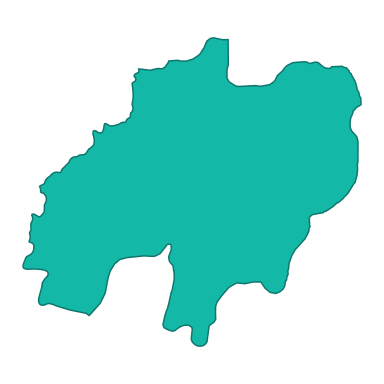 outline of Tajumulco, San Marcos, Guatemala
{"feature_id": "79465075B52566348974333", "entity_name": "Tajumulco", "entity_type": "district", "adm_level": 2, "iso_a3": "GTM", "parent_name": "Guatemala", "parent_adm1": "San Marcos", "projection": "robinson", "projection_center": [-92.003, 15.058], "detail": "fine", "context": "isolated", "style": "filled", "palette": "teal", "viewbox_px": 384, "rotation_deg": 0, "n_neighbors": 0, "source": "geoboundaries", "source_scale": "gbopen_adm2", "svg_char_len": 5070}
<svg xmlns="http://www.w3.org/2000/svg" viewBox="0 0 384 384"><path d="M138.6,69.0L139.0,70.9L138.5,72.4L137.2,73.1L135.7,73.7L134.9,74.3L134.1,75.7L134.7,77.1L135.4,77.9L135.8,78.8L135.8,79.8L135.4,80.9L134.8,81.4L133.6,82.1L132.6,82.7L132.2,83.5L132.2,84.6L132.5,86.4L132.7,88.2L133.1,92.8L133.2,97.1L132.8,100.3L132.1,104.2L133.1,108.3L132.8,109.5L132.4,110.8L131.9,111.9L130.8,112.9L130.4,114.5L130.4,115.5L130.4,116.6L129.8,117.5L128.9,118.0L127.7,118.8L126.7,119.7L125.9,121.5L125.5,122.2L124.4,122.5L123.2,122.2L122.0,122.5L120.8,123.1L119.3,124.0L117.8,124.7L115.5,125.3L113.7,125.6L112.5,125.9L111.4,126.0L110.6,126.0L109.1,125.4L107.3,124.4L106.1,123.7L104.8,123.7L104.2,124.8L104.0,126.5L103.7,128.2L103.4,129.4L103.1,130.6L102.8,131.4L102.0,132.5L100.5,133.0L99.3,132.9L98.2,132.5L97.1,131.8L95.9,131.0L94.6,130.6L93.6,130.8L93.1,131.6L93.0,133.1L93.1,134.8L93.7,136.6L93.9,137.8L94.3,140.2L94.3,141.5L94.0,143.3L93.8,144.1L93.2,145.5L92.5,146.3L91.8,146.9L91.0,147.6L90.0,148.3L88.9,149.0L86.8,152.1L86.1,153.2L85.4,153.9L84.1,154.6L82.9,154.8L80.9,154.9L79.7,155.0L78.7,155.6L77.3,156.5L75.8,156.8L74.9,156.9L73.8,157.0L72.6,157.4L71.1,158.6L70.2,159.6L69.7,160.5L69.3,161.6L68.5,162.8L67.7,163.7L62.9,168.4L62.2,169.1L61.6,170.2L60.9,172.0L60.2,172.5L59.4,172.6L58.2,172.4L56.9,172.2L55.8,172.2L54.7,172.5L53.7,172.9L52.4,173.6L51.8,174.1L51.2,174.8L50.2,176.0L48.9,176.9L48.2,177.4L47.3,178.1L46.7,178.8L45.8,179.8L45.3,181.0L44.9,181.9L44.6,182.9L44.2,183.8L42.8,184.6L41.8,185.1L40.5,185.6L39.6,186.5L40.2,187.9L40.6,188.9L40.6,191.0L40.7,192.1L41.7,192.9L42.8,193.0L43.8,193.4L44.8,194.7L45.3,195.5L45.9,196.3L46.4,198.0L46.3,199.8L46.2,200.9L45.8,202.1L45.4,202.9L44.7,204.3L44.4,205.2L44.4,207.1L44.4,208.3L44.2,211.1L43.9,212.7L42.7,213.8L41.9,215.0L40.8,216.1L40.1,216.6L39.2,216.8L38.2,216.5L36.4,215.4L34.3,214.3L33.5,214.0L32.2,214.2L31.7,215.2L32.4,216.5L32.6,218.0L32.5,219.6L32.3,220.9L31.8,221.7L31.3,222.5L30.8,224.3L31.0,228.5L30.9,229.9L30.6,231.1L29.8,232.1L29.5,233.4L29.8,234.4L30.2,235.9L30.2,237.7L30.0,238.7L29.7,239.6L29.1,241.8L31.3,242.7L33.0,243.7L33.7,245.1L33.9,246.7L33.7,249.6L32.9,251.9L31.9,253.2L31.2,254.1L29.3,255.2L27.9,256.0L26.7,256.6L25.7,258.0L25.0,260.2L24.3,261.5L23.5,263.9L23.1,265.1L23.0,266.4L23.6,268.1L24.8,268.7L26.1,269.1L27.7,269.2L30.9,269.1L33.1,269.0L35.5,269.0L40.0,269.4L43.2,269.8L45.1,270.4L46.5,271.1L47.6,272.0L48.1,272.7L48.1,274.6L47.4,276.2L46.1,277.7L45.1,278.5L43.0,281.6L42.3,283.0L42.1,284.4L41.5,288.4L40.2,292.7L39.8,294.3L39.4,295.8L39.1,297.2L38.7,298.5L38.6,300.0L38.6,301.5L38.9,302.5L39.4,303.4L39.9,304.3L40.7,304.8L41.8,305.2L43.4,305.2L44.5,305.0L45.3,304.6L47.2,303.8L48.5,303.5L50.5,303.8L52.8,304.4L54.1,304.9L55.8,305.7L57.3,306.2L69.9,310.0L86.1,313.3L89.1,315.5L91.2,313.4L100.2,303.2L102.4,298.8L105.2,293.1L108.2,277.3L110.3,270.9L114.6,263.9L119.8,259.5L127.0,257.6L143.8,255.9L153.3,256.4L155.4,256.0L160.2,253.5L167.4,244.4L169.9,244.0L171.2,245.1L171.2,249.9L168.6,256.8L169.3,260.9L170.4,262.8L172.9,265.4L174.2,273.7L174.2,279.5L172.2,289.9L171.1,292.9L169.1,302.2L167.5,308.5L166.3,311.2L165.0,315.3L163.0,324.5L163.3,326.0L164.1,327.6L165.7,328.6L169.2,330.3L172.9,331.2L174.8,330.6L177.8,328.3L181.5,326.1L184.7,325.3L187.5,325.1L188.7,325.2L189.5,325.8L190.6,326.4L191.8,327.3L192.3,329.4L191.4,337.2L191.3,339.5L192.0,341.4L193.3,343.1L195.1,344.7L197.5,345.9L199.9,346.2L202.7,345.8L204.4,344.9L205.9,343.5L207.0,341.7L209.0,326.5L209.9,325.1L211.6,323.8L213.9,322.3L215.7,319.3L215.5,313.6L215.6,306.4L216.9,302.3L221.6,295.9L224.1,292.9L229.2,287.1L230.6,286.5L231.5,285.8L236.8,282.9L244.9,283.7L253.0,282.0L260.9,282.0L265.0,288.1L270.1,292.4L275.9,293.5L280.1,291.6L283.1,289.0L284.7,286.1L285.4,281.6L286.5,280.1L286.8,277.3L288.1,274.2L287.8,270.4L288.4,269.7L289.1,263.2L292.0,255.1L295.3,249.6L305.1,238.7L307.4,234.3L308.8,231.5L309.0,228.6L310.1,226.3L309.6,225.6L309.5,222.2L309.3,217.9L310.1,216.4L312.8,214.5L323.1,212.7L324.7,211.3L325.8,211.4L333.2,206.4L337.2,202.7L338.1,202.7L342.9,198.8L344.3,197.0L347.9,193.4L353.9,183.6L355.1,182.4L357.1,174.7L357.6,169.3L357.3,164.5L357.9,162.4L358.0,141.5L356.7,136.6L351.5,130.8L350.3,127.6L350.0,123.8L350.7,117.8L351.5,116.2L352.4,114.1L353.3,111.0L354.3,110.0L357.1,106.9L359.4,105.8L361.0,104.7L360.8,98.0L359.7,96.4L358.7,92.0L357.0,89.3L357.0,87.9L355.3,81.8L351.9,75.6L351.1,73.7L349.3,72.3L349.3,71.2L346.2,67.7L343.4,67.2L342.4,66.3L331.7,66.7L330.9,67.8L328.9,68.5L326.0,68.1L323.3,67.0L319.5,63.7L318.1,62.5L315.2,62.1L309.5,63.6L307.4,62.3L305.4,61.8L298.9,62.1L292.6,62.7L287.0,65.6L284.2,68.4L282.4,71.0L277.6,75.3L274.8,80.7L273.9,81.7L269.8,84.6L260.8,86.3L255.1,85.6L238.5,86.5L235.3,85.8L232.6,84.1L228.9,81.7L227.0,78.0L227.0,69.3L228.3,64.9L228.1,39.7L222.4,39.7L213.5,37.8L210.2,38.5L207.0,41.0L205.6,43.9L204.1,47.7L203.3,48.8L200.6,53.1L199.7,54.3L199.0,55.0L192.9,59.1L186.3,61.1L180.7,61.1L177.9,60.3L171.9,60.7L168.7,61.0L168.5,62.2L166.9,64.4L164.9,67.2L161.9,68.9L157.7,68.5L150.0,70.3L140.7,69.1L138.6,69.0Z" fill="#14b8a6" stroke="#0f766e" stroke-width="1.5"/></svg>